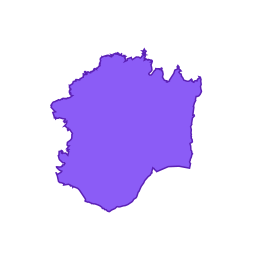 Jenin, West Bank, Palestine, rotated 133°
{"feature_id": "87354302B37411468451868", "entity_name": "Jenin", "entity_type": "district", "adm_level": 2, "iso_a3": "PSE", "parent_name": "Palestine", "parent_adm1": "West Bank", "projection": "mercator", "projection_center": [35.215, 32.426], "detail": "fine", "context": "isolated", "style": "filled", "palette": "violet", "viewbox_px": 256, "rotation_deg": 133, "n_neighbors": 0, "source": "geoboundaries", "source_scale": "gbopen_adm2", "svg_char_len": 5816}
<svg xmlns="http://www.w3.org/2000/svg" viewBox="0 0 256 256"><g transform="rotate(133 128 128)"><path d="M79.9,186.3L80.0,186.6L80.8,185.8L81.2,185.9L81.8,186.8L81.2,186.7L81.0,187.1L81.5,187.8L84.2,189.1L85.0,188.5L85.9,190.3L86.2,189.0L86.7,188.5L87.2,188.7L87.2,189.6L87.7,190.9L87.9,190.6L88.1,191.6L88.7,192.4L88.9,192.2L89.3,192.5L89.2,192.9L89.8,193.2L90.1,193.3L90.2,192.9L90.7,193.1L90.7,193.8L93.7,195.4L93.7,195.7L94.2,195.4L95.8,195.7L97.0,194.9L97.2,194.1L98.9,193.1L99.7,193.0L99.8,192.5L100.5,192.6L100.7,192.3L100.2,192.3L100.3,192.0L101.4,191.9L101.5,191.0L102.2,191.0L102.8,191.4L105.1,191.2L105.1,191.5L105.8,191.9L106.4,191.9L106.7,191.2L107.4,193.0L108.2,193.1L108.5,192.4L108.8,192.8L109.2,192.7L109.4,192.2L110.1,192.6L111.0,192.5L111.6,192.9L111.7,193.5L112.7,193.6L113.1,193.1L113.8,193.9L114.0,194.6L113.9,195.0L114.6,195.8L115.6,195.6L115.6,196.0L116.2,196.5L115.6,197.4L116.2,198.1L116.7,198.0L116.8,196.8L116.5,196.8L116.5,194.8L117.1,194.8L118.3,196.2L118.7,197.5L119.0,197.6L119.0,196.3L119.8,196.7L121.3,195.4L122.0,195.9L123.6,196.0L124.3,196.7L124.9,196.6L125.5,196.1L125.9,196.3L128.0,199.1L128.8,199.0L129.1,198.2L131.3,199.7L133.5,198.7L134.4,199.1L136.7,199.4L136.8,199.9L138.5,198.2L138.3,196.8L138.7,196.3L139.0,196.8L139.5,196.7L139.7,196.4L139.6,196.1L140.8,196.2L141.8,195.3L141.3,194.3L141.6,193.6L141.9,193.3L142.5,193.9L142.9,193.1L142.8,191.5L142.2,190.7L145.2,191.2L146.3,191.9L147.0,192.1L147.2,192.7L148.4,192.8L148.6,193.6L149.5,193.9L149.9,195.0L150.7,195.8L151.4,196.1L151.7,195.7L152.2,196.3L154.0,196.8L154.8,198.2L156.3,198.4L156.9,199.0L158.2,199.2L159.3,200.0L160.5,200.4L163.9,199.8L163.8,199.1L165.3,198.4L165.7,193.4L165.6,192.1L167.9,193.6L169.6,190.4L170.8,188.7L169.7,188.1L170.6,187.1L169.7,187.0L168.5,185.7L167.2,185.2L165.7,182.1L164.2,180.1L164.6,179.4L166.9,179.7L166.9,178.6L167.2,178.6L167.3,178.1L164.8,177.4L165.8,176.5L167.3,175.9L170.1,175.9L169.3,175.4L169.5,173.5L169.4,172.0L169.0,171.5L170.5,171.1L170.8,170.2L168.8,169.7L169.9,164.9L171.4,164.4L171.8,163.8L174.1,162.0L176.2,161.8L179.8,162.5L182.0,161.0L182.1,159.9L181.2,158.8L185.2,158.6L184.1,156.6L185.8,156.7L185.7,157.1L186.3,157.1L186.2,156.5L185.7,155.8L185.7,155.3L189.0,153.4L188.8,156.5L190.0,157.5L190.7,158.9L191.3,158.6L191.7,159.5L191.1,160.1L190.7,159.8L189.8,159.8L189.9,160.2L189.6,160.5L189.9,161.4L190.5,161.2L192.1,162.4L194.9,160.0L195.7,160.2L197.6,157.2L197.9,156.3L197.9,151.9L196.8,150.8L196.9,150.0L198.5,149.6L199.6,150.6L200.5,150.5L200.7,149.9L201.8,150.3L203.2,151.4L205.1,153.8L205.5,153.3L205.0,153.0L205.6,152.0L205.6,149.3L204.7,147.0L206.1,146.8L209.9,147.9L210.2,148.3L209.7,149.7L209.9,149.9L211.2,147.1L214.5,142.3L214.4,140.6L213.4,139.3L212.4,136.8L213.6,136.2L209.7,133.1L209.1,131.1L209.5,131.0L209.6,130.5L208.9,130.0L208.4,128.6L209.0,127.9L208.0,127.8L206.4,123.6L206.5,121.2L209.0,110.6L210.0,109.8L210.6,109.7L210.8,109.2L210.2,108.5L209.9,107.2L209.0,106.3L208.1,104.0L208.1,103.0L207.4,102.4L206.8,101.2L206.1,100.6L204.6,97.2L204.0,95.2L203.8,93.1L204.3,91.9L203.3,90.8L203.6,89.4L202.7,88.3L202.8,86.4L202.1,84.9L201.7,84.5L199.3,84.1L195.7,82.6L193.4,82.5L192.6,82.0L191.9,80.8L190.8,79.9L188.3,78.5L186.6,77.1L184.0,75.9L179.4,74.8L177.9,74.8L176.4,75.2L173.4,74.5L172.2,74.8L167.9,76.8L167.0,76.7L161.8,78.5L157.4,79.1L155.1,79.9L149.8,80.1L147.1,79.6L145.0,80.3L145.1,80.0L144.5,79.9L144.5,80.4L140.2,82.7L140.2,81.7L139.9,81.3L140.2,80.7L140.3,79.8L140.1,79.0L140.4,77.3L128.8,72.2L121.2,64.7L115.4,55.6L111.3,58.1L111.3,59.0L110.7,60.0L109.3,60.4L108.3,61.1L106.0,61.9L103.9,63.2L102.9,63.2L102.7,63.6L102.7,64.4L101.5,65.6L101.2,67.0L98.3,70.0L97.3,72.0L96.7,72.1L95.1,71.5L94.2,71.5L92.7,73.3L92.3,74.9L91.0,75.8L90.9,76.5L89.3,77.4L88.9,78.4L86.1,80.5L84.3,83.2L81.7,83.9L81.5,84.5L76.7,87.7L73.9,87.7L73.4,88.7L74.4,89.4L68.0,93.9L67.4,94.7L67.6,94.9L64.4,96.5L61.6,97.3L61.1,98.2L58.4,99.7L57.5,98.7L56.1,98.1L54.2,98.2L51.3,99.1L50.4,100.2L50.0,101.1L48.1,103.4L46.2,104.2L44.0,106.9L42.9,107.5L41.5,109.8L42.1,111.0L42.6,109.7L44.6,110.4L46.1,110.0L46.4,109.7L47.7,111.2L48.5,111.4L49.7,111.0L50.0,111.5L49.8,112.4L50.2,113.4L49.6,114.2L49.2,114.0L49.0,114.9L50.3,115.2L51.0,115.0L52.5,115.6L53.5,116.7L54.9,119.8L53.9,122.4L53.7,123.8L53.8,124.1L53.4,124.4L52.3,126.1L52.8,126.8L52.5,128.8L51.2,128.9L50.1,128.1L49.9,129.4L50.1,130.5L49.6,131.5L48.6,132.2L48.3,134.1L49.6,133.8L49.4,133.4L50.2,132.9L49.9,132.0L50.3,131.7L53.7,133.2L56.9,131.7L64.8,130.3L65.3,129.8L67.7,130.6L68.0,131.3L67.0,131.7L68.3,133.9L67.3,137.5L64.7,139.0L62.8,141.6L63.2,142.6L61.2,143.8L61.4,144.3L61.9,144.1L61.8,144.4L62.5,144.2L62.8,144.7L63.5,144.5L63.6,144.8L63.2,145.3L64.0,146.3L64.2,146.2L65.6,148.2L66.3,147.7L67.0,147.5L67.8,147.8L72.1,147.2L73.6,147.3L74.3,148.0L74.5,148.7L74.5,149.4L74.1,149.9L70.2,149.8L69.2,150.1L67.5,152.1L66.1,154.4L65.5,154.4L63.8,155.2L64.1,155.9L63.3,155.4L62.8,155.6L62.3,156.3L62.3,157.0L63.1,157.1L63.1,158.3L63.9,159.7L64.4,159.5L64.9,160.0L64.9,161.1L65.4,161.4L65.6,162.0L65.3,162.0L65.2,162.3L65.6,162.6L66.7,162.0L67.3,162.3L66.3,162.7L66.2,163.3L65.6,163.3L65.4,164.0L64.5,164.0L63.8,164.3L63.3,165.0L63.5,165.4L63.3,165.5L62.4,164.9L63.1,166.5L62.2,165.9L61.9,166.4L61.5,166.3L61.4,166.5L61.5,166.7L61.1,167.1L59.6,167.0L59.5,167.4L60.0,167.7L59.2,169.9L60.8,169.5L61.6,169.6L61.9,170.0L61.8,167.8L62.5,167.8L62.9,168.3L63.9,168.3L64.2,166.7L65.0,166.3L66.1,166.9L67.4,166.5L68.4,166.7L68.9,168.6L70.5,170.4L75.0,171.4L74.6,173.3L74.2,173.7L74.7,174.0L78.0,175.7L79.1,174.7L81.4,175.7L80.1,175.9L79.2,177.2L79.2,177.8L78.4,178.2L78.5,178.7L77.2,178.5L77.5,179.1L77.2,179.8L78.3,180.1L78.1,180.7L79.2,181.0L79.7,182.7L78.7,182.9L78.2,183.1L78.2,183.4L79.7,183.2L79.8,183.8L80.4,183.8L80.7,184.5L79.8,185.4L80.1,186.2L79.9,186.3Z" fill="#8b5cf6" stroke="#5b21b6" stroke-width="1.5"/></g></svg>